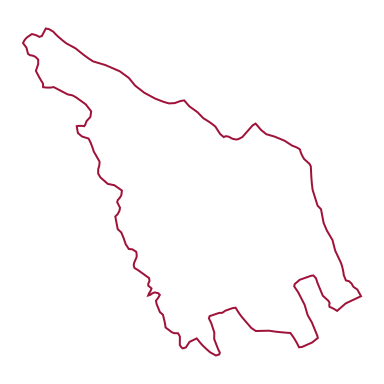 Luncavita, Caras-Severin, Romania
{"feature_id": "2599482B30693199299192", "entity_name": "Luncavita", "entity_type": "district", "adm_level": 2, "iso_a3": "ROU", "parent_name": "Romania", "parent_adm1": "Caras-Severin", "projection": "equal_earth", "projection_center": [22.223, 45.101], "detail": "fine", "context": "isolated", "style": "outline", "palette": "rose", "viewbox_px": 384, "rotation_deg": 0, "n_neighbors": 0, "source": "geoboundaries", "source_scale": "gbopen_adm2", "svg_char_len": 3379}
<svg xmlns="http://www.w3.org/2000/svg" viewBox="0 0 384 384"><path d="M321.0,209.2L317.6,205.7L312.6,189.8L311.9,183.9L311.4,178.0L311.1,172.2L310.8,166.3L309.5,163.9L304.2,159.1L302.8,156.8L301.6,154.4L300.6,151.9L299.9,149.4L298.6,148.5L297.2,147.7L295.7,147.0L294.2,146.4L292.6,145.9L284.5,140.7L274.6,136.6L266.3,134.2L261.1,130.0L255.6,123.6L252.6,125.4L242.3,137.1L238.2,139.2L236.0,139.5L232.6,138.8L228.5,136.6L225.7,136.2L223.8,137.1L220.2,134.1L215.3,126.5L212.4,124.2L209.5,122.1L206.4,120.1L203.3,118.2L197.5,112.2L189.4,106.4L184.2,100.4L180.5,101.0L174.7,103.1L169.0,103.4L164.0,102.0L155.2,98.6L144.2,92.7L135.1,85.6L128.8,77.9L119.8,71.3L105.2,65.0L93.1,61.4L88.5,58.4L84.1,55.2L79.8,51.8L75.6,48.4L66.4,43.4L64.2,41.7L62.2,40.1L60.1,38.3L58.1,36.6L55.6,34.2L53.2,31.6L49.1,29.2L45.8,28.5L41.9,36.0L39.3,36.9L38.5,36.4L37.6,35.9L36.7,35.5L35.8,35.1L34.8,34.8L33.8,34.5L32.9,34.3L31.8,34.1L27.4,37.1L26.3,38.1L25.3,39.2L24.4,40.4L23.7,41.7L23.0,43.0L26.5,47.8L28.0,53.8L30.0,55.2L31.3,55.4L32.5,55.6L33.7,56.0L34.9,56.6L35.7,57.1L38.2,59.6L38.2,64.1L35.9,70.9L37.6,74.2L39.3,77.4L41.1,80.5L43.0,83.6L43.1,87.2L44.5,87.3L45.8,87.5L47.1,87.6L48.4,87.6L49.7,87.6L51.1,87.5L52.4,87.3L53.7,87.1L67.7,94.4L72.6,95.4L76.1,97.4L85.7,104.3L91.2,111.4L90.4,116.9L86.5,121.2L85.3,124.6L84.2,126.2L82.3,125.9L80.4,125.9L78.6,125.9L76.7,126.2L77.9,133.0L82.0,136.5L88.6,138.6L89.2,139.8L90.6,142.6L91.7,145.5L92.8,148.4L93.7,151.4L99.5,161.5L99.5,163.4L99.3,165.3L98.8,167.3L98.2,169.1L98.2,173.7L100.5,177.5L107.8,183.9L114.3,185.2L121.9,190.5L121.4,194.9L120.7,196.3L119.9,197.6L118.9,198.8L117.8,200.0L117.2,202.2L120.0,207.7L119.5,210.7L117.7,214.1L115.3,216.5L117.7,229.1L121.3,232.5L122.5,235.4L123.7,238.3L124.7,241.2L125.7,244.2L128.8,249.0L132.3,249.3L136.2,251.8L136.5,253.1L136.6,254.4L136.7,255.8L136.6,257.1L134.1,262.9L133.7,265.5L134.5,268.0L138.0,270.1L149.1,278.1L149.5,280.9L148.2,283.9L148.3,285.7L151.5,288.4L151.1,289.7L150.5,291.0L149.8,292.2L149.0,293.4L148.2,295.5L150.3,294.8L151.3,294.0L152.5,293.3L153.7,292.8L154.9,292.4L158.2,293.2L159.8,294.9L159.0,296.4L158.1,297.9L157.1,299.3L156.0,300.7L156.6,304.0L159.9,312.1L162.9,314.7L163.7,317.9L164.5,321.1L165.1,324.3L165.6,327.5L171.8,332.2L173.9,333.1L178.1,333.3L179.9,336.6L179.8,344.8L180.3,345.7L180.9,346.6L181.6,347.5L182.5,348.2L182.8,348.4L185.9,347.4L189.5,341.9L196.7,338.4L200.6,343.2L203.0,345.8L204.8,347.5L206.6,349.2L208.4,350.8L210.3,352.4L215.9,355.5L219.3,354.4L219.8,352.5L218.2,349.4L214.2,339.1L214.3,332.5L211.3,323.3L208.9,318.3L209.7,316.1L219.2,312.9L222.3,312.8L225.5,310.6L232.4,308.2L235.6,307.7L237.0,310.0L238.4,312.2L239.9,314.4L241.5,316.5L242.7,318.0L251.2,327.9L255.8,331.0L269.1,330.7L274.4,331.5L279.7,332.1L285.1,332.6L290.4,333.0L292.9,336.4L295.1,339.9L297.2,343.6L299.0,347.3L302.2,346.9L312.1,342.5L317.8,338.0L317.3,335.7L311.9,322.5L307.7,315.2L304.6,304.8L298.2,292.3L294.2,286.4L294.7,284.1L299.7,279.8L311.3,275.7L313.4,275.5L316.0,278.3L317.5,283.0L322.8,295.7L328.5,300.9L329.6,303.0L329.4,304.0L329.3,304.9L329.3,305.9L329.5,306.8L331.5,307.7L333.4,308.6L335.3,309.7L337.1,310.9L345.7,303.4L361.0,296.2L357.3,289.5L353.5,286.9L351.5,283.5L349.0,281.2L345.9,280.4L343.8,275.2L343.4,272.2L342.8,269.3L342.1,266.4L341.2,263.5L340.8,262.5L335.2,250.7L332.5,240.1L326.9,230.6L323.6,222.9L321.0,209.2Z" fill="none" stroke="#9f1239" stroke-width="2"/></svg>